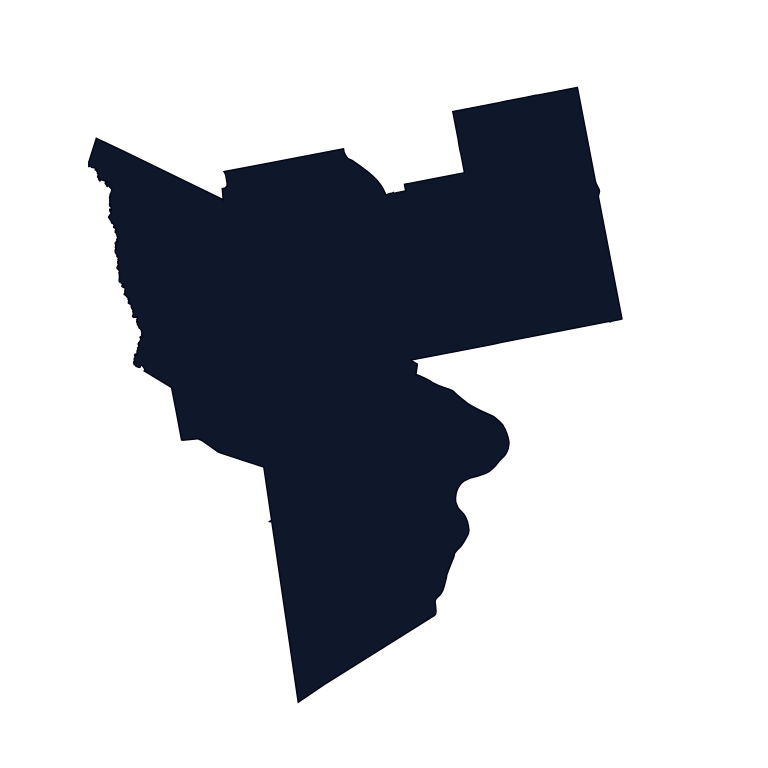 Murray Bridge, South Australia, Australia (Equal Earth projection), rotated 349°
{"feature_id": "25037944B7394804053319", "entity_name": "Murray Bridge", "entity_type": "district", "adm_level": 2, "iso_a3": "AUS", "parent_name": "Australia", "parent_adm1": "South Australia", "projection": "equal_earth", "projection_center": [139.209, -35.2], "detail": "fine", "context": "isolated", "style": "filled", "palette": "ink", "viewbox_px": 768, "rotation_deg": 349, "n_neighbors": 0, "source": "geoboundaries", "source_scale": "gbopen_adm2", "svg_char_len": 6122}
<svg xmlns="http://www.w3.org/2000/svg" viewBox="0 0 768 768"><g transform="rotate(349 384 384)"><path d="M239.1,680.0L267.7,667.7L389.6,620.7L390.7,619.7L391.2,618.6L391.7,616.7L392.4,610.9L392.4,608.6L392.7,607.2L392.9,606.4L393.6,605.4L395.2,603.9L399.0,601.5L400.6,599.9L402.5,597.6L404.9,593.1L407.8,587.0L408.6,585.1L409.1,583.5L412.5,577.9L419.6,566.9L421.1,563.5L423.9,561.1L428.1,558.3L431.0,555.6L433.7,552.7L435.9,549.9L437.5,548.1L438.3,546.8L439.0,545.1L439.5,543.6L439.7,539.9L439.7,537.5L439.6,534.9L438.8,530.8L438.2,528.7L437.4,526.8L434.3,522.0L432.8,519.0L432.0,514.5L431.9,513.0L432.4,509.7L433.8,505.5L435.3,502.4L436.8,500.2L439.7,497.2L441.5,495.8L444.5,494.3L446.4,493.8L450.8,492.7L458.2,492.3L466.8,491.1L470.2,490.0L472.2,489.1L473.8,488.2L478.0,485.4L482.7,481.3L488.8,477.2L489.8,476.3L491.1,474.8L492.1,473.4L493.7,470.8L495.3,466.2L495.6,464.5L495.5,459.5L495.3,457.8L495.1,455.9L494.7,454.3L494.4,451.9L493.5,449.5L492.9,447.3L492.6,446.6L490.1,442.7L486.8,438.5L485.7,437.2L484.9,436.5L472.8,427.9L467.1,423.3L463.0,419.7L458.4,414.4L453.2,408.1L451.4,405.4L450.4,404.1L449.1,403.0L447.0,401.6L441.3,398.4L436.9,395.7L432.0,392.0L429.6,389.6L424.9,385.9L420.7,382.9L417.2,380.7L418.0,378.5L420.5,370.8L416.0,367.0L414.9,365.6L498.1,365.8L507.7,365.5L616.1,365.5L617.2,365.8L618.0,366.2L619.1,365.7L628.3,365.7L630.0,365.5L630.2,240.6L632.3,236.0L632.3,234.5L632.1,233.4L630.6,228.2L630.2,225.6L630.4,129.8L593.9,129.8L591.1,129.7L589.1,129.8L588.8,129.5L588.3,129.5L577.8,129.7L557.4,129.6L548.9,129.8L503.5,129.7L503.5,158.6L503.3,161.8L503.2,165.9L503.2,170.4L503.4,172.0L503.3,192.0L445.8,192.0L445.2,191.9L442.2,191.9L442.1,198.6L430.0,198.7L429.6,197.8L428.8,198.2L426.5,198.4L426.4,198.1L423.7,198.5L422.8,198.7L421.9,199.2L421.5,196.9L420.2,191.8L419.0,188.6L416.3,183.3L414.0,179.7L412.5,177.6L408.7,172.7L402.8,166.2L395.7,158.8L394.1,157.5L392.1,156.3L391.6,155.7L390.5,153.7L389.7,151.6L389.0,148.5L389.1,145.4L305.1,145.2L267.5,145.0L268.5,148.4L268.3,157.3L267.8,159.4L266.0,161.1L264.8,161.4L262.5,161.4L261.3,172.4L172.5,105.6L148.5,88.0L136.5,110.0L135.7,114.2L135.9,114.3L137.9,114.0L138.1,114.3L138.1,115.1L138.2,115.4L139.8,116.1L141.2,116.4L141.8,116.9L141.9,117.3L141.5,118.2L141.5,118.8L142.0,119.0L143.0,118.8L143.2,119.0L143.3,119.3L142.8,120.0L142.7,120.4L143.3,121.0L143.3,121.4L143.0,122.0L142.9,122.3L143.1,122.9L143.6,123.5L143.4,124.3L142.6,125.5L142.4,126.3L142.5,126.4L143.0,126.3L143.3,127.1L143.0,128.4L143.4,129.1L143.5,129.5L143.4,129.8L143.6,130.2L143.9,130.4L144.1,130.4L144.7,129.4L146.5,130.0L149.3,131.8L149.4,132.3L149.8,132.5L151.0,132.8L151.1,133.2L150.7,133.3L148.7,133.5L148.6,133.9L149.2,135.0L149.5,135.8L149.8,137.0L150.1,137.3L150.8,137.0L151.6,136.3L152.0,136.2L152.1,136.3L152.2,136.8L152.2,138.0L152.3,138.4L153.4,139.8L153.7,140.4L153.7,141.5L153.2,143.0L152.4,144.4L151.5,145.4L151.0,146.7L150.8,147.6L150.2,148.5L150.2,150.5L149.6,152.0L149.9,153.5L149.7,153.8L149.1,154.3L149.2,155.2L148.7,155.9L149.0,157.4L149.8,157.8L149.8,159.5L150.0,160.8L149.3,161.4L148.7,161.4L148.7,160.5L148.3,160.1L148.1,160.2L148.0,160.6L147.9,161.7L148.2,162.5L148.6,163.9L148.9,164.3L148.5,164.9L147.3,165.7L146.6,166.6L145.8,167.1L145.5,167.9L145.8,168.7L147.3,172.1L147.3,173.2L147.6,174.2L147.8,174.4L148.9,175.0L149.4,176.4L149.2,177.1L148.6,178.1L148.5,178.7L149.4,179.3L149.7,179.8L150.4,180.2L150.8,180.6L150.6,181.1L149.8,181.6L149.5,182.0L149.5,182.4L150.1,183.1L150.2,183.3L149.9,183.5L149.2,183.4L149.1,183.6L149.2,183.9L150.0,184.8L150.0,185.8L150.3,186.9L150.2,187.8L150.6,189.0L150.4,189.8L150.2,190.2L149.5,190.7L149.3,191.0L149.4,191.8L149.6,192.3L149.9,192.7L149.9,193.4L149.5,193.5L148.6,192.9L148.4,192.9L148.2,193.1L148.2,193.5L148.4,194.0L148.3,194.3L147.0,194.4L147.1,195.2L147.3,195.8L147.4,196.1L146.9,197.0L147.0,197.5L146.9,198.0L146.4,198.5L146.4,198.8L146.8,199.4L146.8,199.8L146.1,200.6L145.4,202.3L145.4,203.9L145.6,204.6L146.5,205.8L147.0,206.1L147.0,206.5L146.3,207.0L146.1,207.6L146.3,208.1L147.2,209.2L147.3,209.9L147.1,210.5L146.6,211.1L146.6,211.4L147.1,212.0L147.1,212.4L146.9,212.6L146.3,212.7L146.0,212.9L145.8,213.5L145.8,214.6L146.0,215.8L145.9,216.4L145.9,216.6L145.2,217.2L144.1,218.9L144.1,219.6L144.8,220.5L145.6,222.0L146.0,223.1L145.9,223.5L145.2,223.9L145.0,224.3L145.2,225.7L144.8,227.3L144.8,228.4L144.5,229.7L144.1,230.5L143.8,231.8L143.7,233.0L143.8,233.4L144.5,233.5L145.1,233.2L145.3,233.4L145.5,233.9L145.3,234.8L145.4,235.2L146.2,235.7L147.5,236.1L147.5,236.5L146.2,237.2L145.5,237.6L145.3,237.9L145.4,238.3L145.8,238.8L147.4,239.8L148.2,241.0L148.2,241.4L147.6,242.4L147.2,243.8L147.1,245.3L146.8,245.7L146.1,246.1L146.1,246.3L146.2,246.6L147.5,247.8L148.2,249.3L149.2,250.3L149.8,251.4L149.4,251.2L149.0,251.4L148.9,251.9L149.6,253.0L148.6,255.2L148.6,255.9L151.1,257.9L151.2,258.3L150.7,259.3L150.7,260.8L150.8,261.4L151.4,262.8L152.1,263.5L152.1,263.8L151.3,264.5L151.4,267.3L151.2,268.0L150.6,268.5L150.2,269.3L150.1,269.6L150.2,270.0L151.0,270.8L153.0,271.2L154.2,271.3L154.8,271.6L154.9,272.1L154.8,272.3L153.6,273.7L153.6,274.7L153.2,275.5L153.1,275.9L153.5,276.9L153.5,277.8L153.3,278.5L154.1,280.2L154.3,281.5L154.4,282.4L155.3,283.0L155.8,283.9L156.0,284.5L156.1,287.7L155.9,288.5L155.3,289.8L155.4,290.7L155.2,291.3L154.7,291.5L153.8,291.2L153.6,291.4L153.5,291.8L153.9,292.9L153.7,293.1L153.6,293.9L153.3,294.6L152.0,296.2L151.3,296.5L151.0,297.0L150.3,297.7L150.4,298.9L150.6,299.7L150.5,300.5L150.2,300.9L149.1,301.4L149.0,301.7L149.1,302.6L148.1,304.2L147.2,307.2L146.8,308.0L145.7,307.3L145.3,307.3L145.0,307.6L144.7,308.4L144.9,310.1L144.8,310.4L143.6,311.5L143.4,313.5L143.2,314.1L142.6,314.6L142.4,314.9L142.5,317.3L143.3,317.7L143.5,318.0L143.8,319.0L144.3,319.5L146.8,321.0L147.4,321.1L147.8,320.9L148.4,319.9L149.4,319.2L149.8,319.0L150.1,319.3L150.4,320.1L151.1,321.5L151.9,323.3L151.9,324.2L151.8,324.8L151.1,325.4L155.8,329.6L174.8,346.9L174.8,375.9L174.6,400.3L176.0,400.8L190.8,402.2L194.5,404.7L208.5,419.3L211.7,421.2L248.0,441.4L250.2,442.4L247.7,496.2L245.5,497.2L247.6,497.9L246.6,519.5L239.1,680.0Z" fill="#0f172a" stroke="#020617" stroke-width="1.5"/></g></svg>